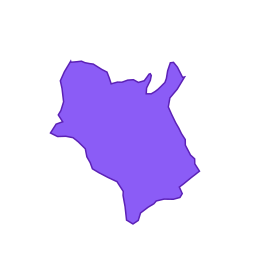 Mousere, Paphos, Cyprus, rotated 121°
{"feature_id": "46923920B16150437689727", "entity_name": "Mousere", "entity_type": "district", "adm_level": 2, "iso_a3": "CYP", "parent_name": "Cyprus", "parent_adm1": "Paphos", "projection": "robinson", "projection_center": [32.705, 34.764], "detail": "fine", "context": "isolated", "style": "filled", "palette": "violet", "viewbox_px": 256, "rotation_deg": 121, "n_neighbors": 0, "source": "geoboundaries", "source_scale": "gbopen_adm2", "svg_char_len": 1218}
<svg xmlns="http://www.w3.org/2000/svg" viewBox="0 0 256 256"><g transform="rotate(121 128 128)"><path d="M100.3,211.5L109.0,211.5L112.5,211.5L122.4,210.3L128.1,204.9L138.7,196.7L147.6,194.5L152.7,194.5L156.3,187.2L161.7,191.6L172.2,191.9L172.2,191.6L171.6,184.0L167.1,177.0L164.6,170.1L165.5,163.4L167.8,153.9L173.9,148.4L177.2,142.5L181.3,137.5L181.3,130.0L180.7,119.8L179.8,111.0L179.6,109.9L184.8,99.4L188.2,97.6L189.3,96.7L196.8,90.1L207.7,81.8L207.7,74.3L201.9,71.6L194.4,73.5L185.6,70.0L179.6,66.8L176.0,66.2L170.4,60.5L165.7,52.4L160.8,47.7L156.3,47.7L152.2,53.6L147.3,51.6L138.3,48.4L128.2,44.5L124.3,52.3L120.1,55.0L119.0,60.5L113.2,70.0L108.4,73.0L105.3,79.3L101.9,84.5L99.0,89.8L93.7,97.9L89.2,104.3L80.6,107.6L69.4,105.8L55.1,105.8L56.5,107.3L50.5,116.8L50.4,117.0L48.3,122.8L50.3,125.3L58.5,123.5L65.8,120.6L70.0,119.8L75.6,121.2L79.3,122.2L82.9,123.6L86.7,125.7L89.3,130.0L84.1,132.7L75.7,133.4L71.0,135.1L70.0,136.9L71.0,137.7L74.1,137.9L79.1,138.4L83.6,142.6L83.8,148.2L87.1,152.9L91.9,156.8L94.1,160.7L98.8,165.2L94.9,169.7L90.9,174.8L91.3,180.6L91.1,190.7L92.6,194.2L94.2,198.6L94.7,202.3L97.4,205.8L99.1,208.1L101.0,210.8L100.3,211.5Z" fill="#8b5cf6" stroke="#5b21b6" stroke-width="1.5"/></g></svg>